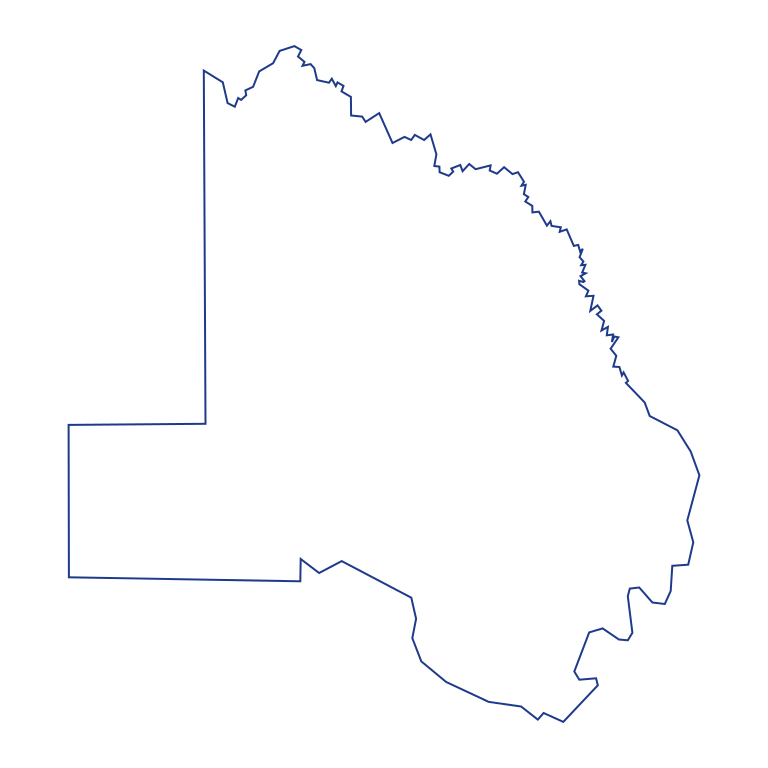 Pilcomayo, Formosa, Argentina
{"feature_id": "61730980B52467636009888", "entity_name": "Pilcomayo", "entity_type": "district", "adm_level": 2, "iso_a3": "ARG", "parent_name": "Argentina", "parent_adm1": "Formosa", "projection": "equal_earth", "projection_center": [-58.184, -25.344], "detail": "medium", "context": "isolated", "style": "outline", "palette": "blue", "viewbox_px": 768, "rotation_deg": 0, "n_neighbors": 0, "source": "geoboundaries", "source_scale": "gbopen_adm2", "svg_char_len": 1887}
<svg xmlns="http://www.w3.org/2000/svg" viewBox="0 0 768 768"><path d="M68.9,577.3L300.3,581.3L300.7,559.0L319.1,573.0L341.7,561.1L411.3,597.7L416.1,618.8L412.3,638.1L421.3,661.4L446.2,682.0L488.7,701.9L521.1,706.5L537.8,719.6L543.6,713.0L563.3,721.9L597.8,685.3L596.1,678.3L579.3,679.7L574.3,671.5L589.2,632.4L602.6,628.4L618.9,639.5L627.8,640.3L632.4,632.8L627.8,596.2L629.8,588.6L639.2,587.5L652.4,602.5L664.8,604.0L670.7,591.0L672.3,565.8L688.2,564.7L693.3,542.3L687.3,520.4L699.4,475.3L690.7,451.5L677.4,430.3L649.7,416.0L644.7,402.5L625.9,382.9L628.1,380.9L623.6,372.4L621.9,375.5L619.4,367.0L613.3,366.6L616.3,355.8L610.6,348.7L618.4,337.3L614.4,336.5L611.9,342.0L613.1,334.5L606.8,335.3L607.9,326.9L601.5,330.5L604.1,320.9L596.9,314.3L601.4,310.7L597.5,305.4L590.3,310.9L593.5,295.8L585.9,296.3L588.4,290.7L579.4,284.2L579.1,280.8L583.3,282.0L584.5,281.2L580.5,276.1L585.7,273.3L582.2,272.5L585.4,264.8L581.2,265.2L583.4,261.5L579.6,257.2L582.8,248.8L580.2,251.7L578.2,244.9L573.8,245.9L566.7,229.4L559.7,231.8L560.8,227.3L551.6,225.9L550.4,221.2L546.9,225.6L538.9,211.7L532.4,212.4L532.3,205.9L525.3,201.5L528.3,197.0L523.9,194.2L525.7,184.8L521.5,185.7L524.0,181.8L518.0,172.2L512.5,174.1L504.1,167.2L496.9,173.7L489.7,170.5L490.6,165.4L475.6,169.2L469.2,164.0L462.6,171.2L460.3,165.0L451.3,168.5L453.2,171.6L448.8,175.8L439.6,172.2L439.4,166.6L434.3,166.0L436.4,154.3L430.5,134.4L424.1,140.0L414.8,134.9L411.2,140.0L404.5,136.9L392.5,143.0L379.2,113.1L365.6,121.9L362.2,116.6L351.1,115.5L350.9,96.9L341.5,91.4L343.5,85.9L337.5,82.4L335.8,86.1L331.8,78.7L329.0,82.7L317.1,80.1L314.3,68.2L310.6,64.1L302.5,65.8L304.5,61.9L298.0,56.5L301.3,50.1L294.4,46.1L279.6,50.9L273.1,63.2L259.2,71.4L253.1,86.8L245.4,90.4L246.2,95.3L241.1,99.9L238.2,98.0L234.8,106.7L227.6,103.1L222.8,82.3L203.8,70.6L205.5,423.8L68.6,424.9L68.9,577.3Z" fill="none" stroke="#1e3a8a" stroke-width="2"/></svg>